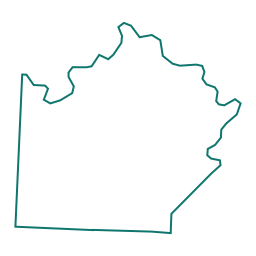 Saline, Missouri, United States of America (Natural Earth projection)
{"feature_id": "52423323B60442880847167", "entity_name": "Saline", "entity_type": "district", "adm_level": 2, "iso_a3": "USA", "parent_name": "United States of America", "parent_adm1": "Missouri", "projection": "natural_earth1", "projection_center": [-93.121, 39.17], "detail": "fine", "context": "isolated", "style": "outline", "palette": "teal", "viewbox_px": 256, "rotation_deg": 0, "n_neighbors": 0, "source": "geoboundaries", "source_scale": "gbopen_adm2", "svg_char_len": 781}
<svg xmlns="http://www.w3.org/2000/svg" viewBox="0 0 256 256"><path d="M170.7,233.1L171.4,213.8L211.0,173.8L220.5,165.2L219.9,160.3L211.2,158.6L207.3,155.3L207.8,148.9L215.1,144.9L220.9,137.6L221.3,129.6L226.3,123.4L236.8,114.4L240.6,103.4L235.1,99.2L224.3,105.3L218.9,104.4L216.2,101.1L217.6,91.6L214.8,87.3L206.5,84.4L202.4,78.7L204.4,72.0L202.2,65.9L196.2,64.6L179.9,65.7L172.6,63.7L162.8,55.9L160.3,40.2L151.8,35.0L139.6,37.2L131.0,25.7L123.9,22.9L118.4,27.1L122.0,35.8L121.4,42.8L113.3,54.8L108.2,59.2L99.2,54.9L91.6,66.3L86.4,67.3L72.6,67.2L68.5,72.6L68.6,77.0L73.8,86.4L72.2,93.1L60.1,100.4L50.3,103.4L43.8,99.7L48.0,88.7L45.1,85.6L33.7,85.0L26.5,74.7L22.2,74.5L15.4,226.7L92.9,230.1L92.9,229.9L151.5,231.6L170.7,233.1Z" fill="none" stroke="#0f766e" stroke-width="2"/></svg>